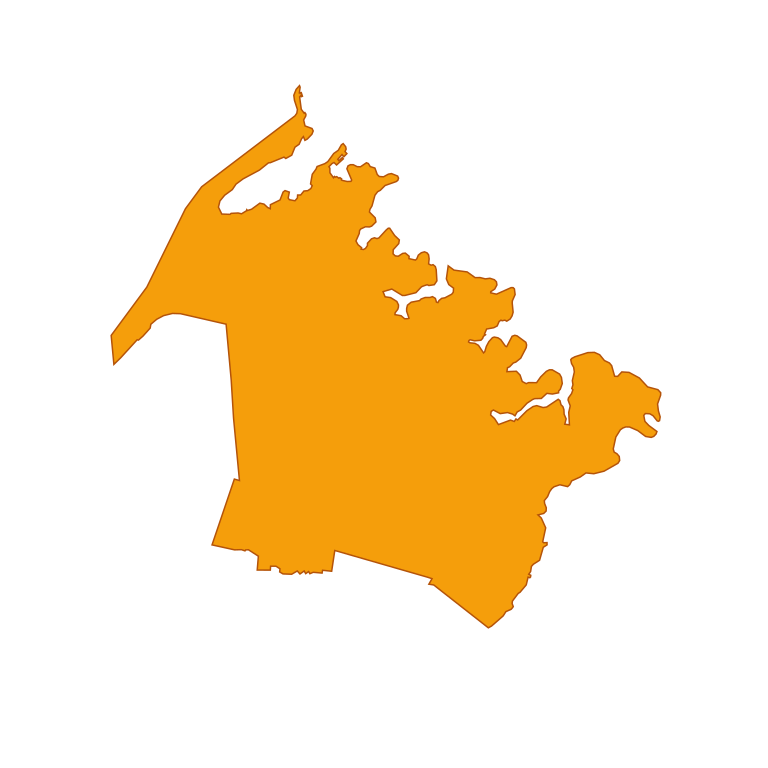 Georges River, New South Wales, Australia, rotated 208°
{"feature_id": "25037944B98162521374910", "entity_name": "Georges River", "entity_type": "district", "adm_level": 2, "iso_a3": "AUS", "parent_name": "Australia", "parent_adm1": "New South Wales", "projection": "equal_earth", "projection_center": [151.093, -33.973], "detail": "fine", "context": "isolated", "style": "filled", "palette": "amber", "viewbox_px": 768, "rotation_deg": 208, "n_neighbors": 0, "source": "geoboundaries", "source_scale": "gbopen_adm2", "svg_char_len": 6171}
<svg xmlns="http://www.w3.org/2000/svg" viewBox="0 0 768 768"><g transform="rotate(208 384 384)"><path d="M460.3,161.2L438.1,167.4L432.1,170.8L428.4,171.4L428.3,172.5L425.9,174.0L414.1,173.0L408.6,160.2L397.0,166.3L398.6,169.9L393.9,172.4L389.1,172.0L387.9,169.1L384.0,168.9L376.2,172.7L372.8,178.2L369.0,176.8L366.7,181.4L364.1,179.8L362.5,183.0L360.4,181.7L358.1,184.5L349.9,188.0L350.8,190.7L342.3,194.1L349.3,213.9L255.1,233.8L250.2,234.7L250.4,228.3L245.8,229.9L177.4,217.7L175.4,220.8L169.9,235.2L169.5,240.2L165.9,244.9L165.4,247.3L165.4,248.2L167.8,250.3L168.7,252.6L167.2,262.1L166.1,264.0L164.1,273.4L166.1,281.1L164.3,281.4L164.0,282.4L164.6,284.0L166.9,284.0L166.5,287.2L168.2,292.2L167.5,295.0L163.9,301.4L166.7,314.6L164.5,318.5L165.6,320.5L168.5,318.8L169.8,319.2L173.7,332.9L182.2,339.5L186.6,340.7L182.2,344.7L181.2,347.9L182.6,350.9L186.1,353.9L187.7,356.3L186.7,361.4L187.2,366.8L186.7,370.5L185.6,373.1L181.4,377.6L173.7,379.6L172.7,382.3L172.8,386.6L167.0,394.1L163.9,400.3L156.6,403.3L148.8,410.3L140.2,423.9L140.0,427.1L142.3,430.5L145.6,431.8L148.8,431.9L151.1,434.3L154.4,446.0L153.8,454.6L152.4,457.3L150.4,459.6L147.0,461.3L138.1,462.0L128.4,460.5L123.0,462.3L121.2,464.4L120.3,467.6L120.7,470.2L130.7,471.7L136.1,473.5L139.9,478.2L139.4,480.6L135.3,482.5L131.5,482.3L125.5,479.7L124.2,479.9L123.5,481.0L124.7,484.6L129.1,489.1L133.1,494.8L134.5,504.0L135.6,506.2L139.5,507.6L149.9,505.2L161.3,509.2L173.1,509.3L179.7,506.3L181.3,500.4L184.0,499.1L191.6,507.1L194.8,508.4L200.4,508.2L207.3,511.1L213.1,510.7L218.8,507.4L228.2,497.7L230.3,494.6L230.5,493.1L228.0,490.1L224.4,487.8L221.6,484.0L219.3,475.4L216.8,472.0L216.1,468.2L214.5,467.6L213.9,463.6L214.6,458.3L214.0,456.3L209.3,452.1L207.6,445.7L201.1,435.0L205.5,433.4L206.8,438.7L210.8,441.9L213.1,445.8L215.4,448.0L218.0,448.8L220.8,451.9L223.0,452.3L229.6,440.0L232.5,437.9L239.0,436.6L241.8,434.1L245.3,427.5L249.1,415.0L251.1,415.1L251.4,412.1L255.4,411.5L263.9,401.9L270.2,405.4L275.3,406.7L276.5,410.1L275.2,412.4L267.5,412.4L261.5,416.8L256.3,417.8L253.4,417.4L253.3,421.8L251.1,425.2L248.7,434.2L245.5,440.1L244.1,441.8L238.3,445.1L235.8,452.2L230.6,454.2L225.7,458.2L226.5,459.8L225.9,462.1L226.8,468.1L230.4,473.1L233.6,475.2L242.1,475.5L244.6,474.2L246.6,471.4L249.0,463.8L249.9,456.8L257.0,453.1L258.6,451.1L263.1,451.1L268.1,455.8L273.1,457.4L281.3,452.6L282.6,456.4L281.2,458.1L279.7,463.3L277.9,465.2L275.4,471.0L275.5,482.8L276.4,485.4L278.3,487.4L289.1,489.0L291.4,488.4L293.3,486.3L293.2,474.6L294.5,474.4L301.8,478.0L305.1,478.3L308.7,477.2L310.0,475.8L311.3,470.6L311.3,465.3L310.2,459.8L310.7,458.2L318.8,462.5L322.8,462.6L327.5,460.7L329.1,460.8L329.4,462.3L328.7,463.5L324.4,464.6L319.0,468.1L318.3,470.5L318.6,472.7L317.5,475.1L318.7,475.2L319.2,480.7L313.5,485.2L311.3,488.4L311.7,493.2L310.7,495.3L309.4,495.3L307.3,497.1L305.1,497.1L303.1,500.6L302.9,504.3L303.7,508.0L308.8,515.7L309.7,517.7L310.2,524.5L313.5,529.2L315.2,529.7L317.0,528.8L326.9,516.1L332.6,514.6L333.1,515.6L330.8,519.8L330.8,524.5L332.7,527.0L335.5,527.9L340.1,527.1L343.9,524.4L349.1,523.1L353.5,520.7L363.2,522.0L375.7,517.4L382.8,518.5L378.3,506.1L373.5,502.2L367.6,501.3L365.9,497.5L366.4,495.0L370.7,488.7L373.3,486.7L374.6,483.5L374.6,481.2L376.1,480.9L378.8,483.7L382.2,483.9L384.0,482.0L388.3,479.7L391.2,476.4L391.8,474.3L398.4,469.0L400.3,464.6L399.5,461.4L398.2,458.9L392.8,453.8L393.6,452.9L396.4,451.3L401.0,452.3L406.9,450.4L407.6,452.1L406.9,456.3L407.3,458.5L408.3,460.6L411.4,462.9L418.7,463.4L424.0,461.5L428.2,465.1L421.7,471.5L409.3,470.8L407.1,472.0L398.7,479.6L396.5,487.5L395.0,489.3L392.5,491.9L390.6,492.0L386.2,495.3L385.7,499.9L391.6,509.5L393.8,511.8L396.7,512.4L398.2,511.0L401.0,511.0L402.9,515.7L405.3,519.0L407.5,520.0L410.3,519.7L412.7,517.4L414.2,513.9L413.8,509.9L414.4,508.2L420.8,506.4L421.8,508.6L426.6,509.6L428.8,508.1L431.4,503.5L434.2,502.4L437.1,503.2L438.9,506.9L436.9,514.9L438.1,518.4L444.3,520.1L452.1,524.2L453.4,523.5L454.4,520.9L457.1,510.5L458.5,509.1L461.1,508.6L463.2,506.3L464.7,500.5L463.6,498.5L464.0,495.0L465.3,493.1L467.5,492.3L467.7,493.8L472.4,494.8L475.9,497.1L476.5,505.2L477.6,508.0L477.3,510.0L474.2,514.1L470.5,515.9L469.0,517.6L467.2,523.3L469.8,526.6L477.6,529.0L478.4,531.5L478.2,535.6L480.6,546.4L479.9,550.8L478.2,553.3L476.2,559.8L468.2,568.5L467.4,570.3L467.8,572.6L469.6,574.0L476.2,573.3L478.7,571.3L481.7,566.7L485.6,565.0L488.3,565.8L493.4,570.4L498.2,569.5L501.3,571.3L503.4,571.1L506.7,564.8L509.7,563.3L514.1,563.2L516.7,561.8L518.2,559.7L517.8,556.6L508.3,548.9L508.3,547.4L511.6,545.5L516.8,544.1L517.5,544.2L517.7,545.2L519.8,545.5L520.5,544.5L523.1,544.9L524.1,543.8L525.2,544.0L525.4,542.4L530.9,545.1L533.1,549.1L534.6,550.0L533.4,554.2L532.1,556.1L528.7,555.1L525.6,563.7L527.1,564.4L528.7,560.0L530.3,560.7L528.8,566.9L526.1,565.9L524.9,570.0L527.5,570.9L527.7,573.6L529.2,575.5L532.9,577.1L533.9,575.2L534.1,568.9L536.6,563.9L538.0,554.0L539.7,550.8L545.2,544.6L544.9,541.8L545.8,535.5L542.8,526.2L540.5,525.4L540.3,522.3L542.1,518.9L545.3,516.8L546.3,511.8L549.0,510.3L547.8,507.6L548.6,504.0L554.1,502.3L555.9,503.2L557.7,509.0L562.2,508.3L563.2,506.1L562.2,497.7L568.5,489.0L566.7,485.4L569.5,485.2L574.4,486.5L578.5,485.4L583.0,476.1L586.0,473.1L587.0,473.5L586.8,472.3L589.7,467.4L593.1,466.5L599.1,462.9L599.6,461.5L607.0,457.9L613.2,462.4L614.8,468.6L613.3,475.9L609.2,484.4L608.5,491.0L604.7,499.0L594.4,514.4L589.8,525.1L588.3,526.0L578.8,537.4L576.6,537.0L572.9,542.7L573.8,551.3L571.5,555.8L571.9,561.9L571.3,564.6L568.2,562.0L566.7,564.3L564.9,570.7L565.3,574.2L567.5,575.8L574.9,574.8L575.7,575.7L578.9,579.4L578.9,584.0L579.6,585.6L581.3,586.5L581.6,585.6L586.0,587.7L593.3,597.9L592.8,599.9L591.9,598.9L591.1,599.8L593.8,602.4L594.6,601.2L595.3,601.7L595.0,602.7L595.6,601.8L597.4,606.7L598.7,607.8L599.9,602.9L599.2,596.6L596.2,592.4L589.3,585.7L588.1,582.1L588.5,578.9L637.6,472.5L641.6,445.6L638.9,358.2L647.7,298.8L631.7,274.5L628.8,283.5L622.7,307.2L621.4,307.5L619.3,313.1L616.7,323.6L617.9,327.3L615.1,334.4L610.7,340.9L603.9,347.0L596.8,350.5L551.5,362.7L520.6,315.5L500.8,283.2L466.3,230.9L471.5,229.8L460.3,161.2Z" fill="#f59e0b" stroke="#b45309" stroke-width="1.5"/></g></svg>